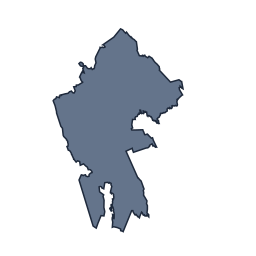 outline of Limbažu pag., Limbaži, Latvia, rotated 70°
{"feature_id": "27541924B16495698294804", "entity_name": "Limbažu pag.", "entity_type": "district", "adm_level": 2, "iso_a3": "LVA", "parent_name": "Latvia", "parent_adm1": "Limbaži", "projection": "equal_earth", "projection_center": [24.723, 57.482], "detail": "fine", "context": "isolated", "style": "filled", "palette": "slate", "viewbox_px": 256, "rotation_deg": 70, "n_neighbors": 0, "source": "geoboundaries", "source_scale": "gbopen_adm2", "svg_char_len": 5845}
<svg xmlns="http://www.w3.org/2000/svg" viewBox="0 0 256 256"><g transform="rotate(70 128 128)"><path d="M223.7,168.0L206.9,152.8L207.3,151.7L208.6,151.9L212.0,151.2L212.2,150.9L211.9,150.7L211.9,150.0L214.6,149.2L214.5,148.9L216.3,148.0L214.8,146.9L211.7,144.0L212.5,143.6L214.9,143.5L215.3,143.1L215.2,142.4L216.3,142.3L217.0,141.0L216.2,140.3L216.3,140.1L218.6,138.9L216.6,138.2L214.2,139.2L211.1,137.6L208.1,136.5L207.5,136.3L205.5,136.5L203.0,135.1L197.0,136.2L196.9,136.4L196.4,136.3L194.0,135.3L191.9,135.0L190.8,133.8L188.6,133.8L188.4,134.0L188.0,133.8L182.4,133.8L181.4,134.2L180.6,134.7L178.4,135.4L178.3,135.8L149.1,137.8L148.5,131.0L149.5,131.2L152.7,131.2L153.0,118.0L153.4,116.1L152.6,113.9L151.7,113.7L151.1,110.8L153.5,110.7L153.3,110.0L155.5,108.7L155.6,107.9L155.7,107.7L148.3,108.4L145.6,108.3L145.6,109.4L145.4,109.6L141.4,111.5L141.3,111.4L140.3,111.9L140.2,114.0L139.9,114.6L136.9,114.6L135.3,114.8L134.7,114.7L132.8,120.6L131.2,125.1L129.8,125.1L129.5,123.6L128.1,123.6L127.4,123.4L127.1,123.6L126.6,123.5L121.5,120.8L122.1,119.5L122.0,118.4L122.2,118.2L120.8,117.9L120.1,117.0L120.1,116.4L120.3,115.8L120.2,115.3L118.6,113.9L118.9,112.9L117.9,112.6L118.0,112.4L117.8,111.7L118.3,111.8L118.5,111.2L115.3,110.8L115.5,110.1L119.1,110.3L119.4,108.3L117.2,107.9L117.4,107.4L119.1,107.7L118.9,107.5L118.6,106.5L118.8,106.4L118.7,106.2L119.2,106.2L119.4,105.1L123.0,105.8L123.1,105.5L123.7,105.3L123.3,105.0L123.5,104.8L123.5,104.3L122.9,104.2L123.5,104.0L123.4,104.3L123.7,104.3L123.7,104.0L124.8,103.1L125.0,102.8L125.1,102.5L125.2,102.4L126.0,102.6L126.7,102.1L129.2,102.2L129.9,101.1L129.7,101.0L129.8,100.9L130.2,101.1L130.3,100.9L130.1,100.8L130.5,100.1L131.0,99.9L130.7,99.8L130.5,100.0L130.3,100.0L130.6,99.4L131.0,99.5L131.3,99.1L131.6,99.1L131.6,98.9L133.0,99.2L133.0,98.9L133.4,98.9L133.5,98.7L133.2,98.6L133.2,98.4L133.0,98.1L134.2,97.9L134.4,97.2L132.6,97.3L132.4,97.0L131.3,96.8L130.4,97.5L129.8,97.6L129.3,97.5L128.9,96.5L128.5,96.0L128.5,95.1L128.3,94.7L127.1,93.8L127.1,93.5L126.8,93.2L125.9,92.7L125.4,92.5L125.4,92.2L125.8,91.5L125.9,91.3L125.8,91.1L125.9,90.9L126.0,90.4L125.8,90.3L125.8,89.8L125.9,89.5L125.7,89.3L126.0,88.9L126.2,88.4L126.1,88.2L126.2,87.7L125.9,87.5L125.5,85.4L125.1,85.2L124.0,85.0L123.5,84.7L123.4,84.1L122.9,83.6L123.0,83.3L123.8,82.7L123.8,82.4L123.4,82.1L123.9,82.0L123.5,81.6L124.0,81.0L124.5,80.8L124.5,80.3L123.5,79.3L122.8,79.2L122.3,79.3L122.1,78.7L122.5,78.4L122.6,77.9L123.0,77.3L123.0,76.7L123.3,76.5L123.3,76.0L123.1,75.5L123.9,74.8L123.9,74.2L123.1,73.6L119.9,73.1L119.3,72.5L118.1,72.3L117.9,72.1L118.0,71.7L117.9,71.6L118.2,71.4L117.2,69.8L115.7,66.3L115.6,65.4L109.7,66.5L109.0,66.4L107.6,66.1L107.7,65.1L106.6,64.7L108.2,63.8L109.0,63.8L110.0,62.9L102.7,61.7L102.6,62.0L100.1,63.6L99.4,72.4L84.3,78.8L83.5,78.0L82.7,78.1L81.0,77.7L77.8,78.9L75.7,80.1L72.9,81.0L72.6,80.9L71.0,81.5L70.8,81.4L67.8,83.7L68.7,85.4L66.4,87.4L65.5,87.2L65.1,87.9L65.8,89.3L64.6,89.7L65.0,90.6L63.9,92.6L58.2,93.0L57.2,92.2L49.7,90.6L49.1,91.1L47.1,91.9L45.4,93.3L44.4,93.5L44.3,94.0L43.9,94.2L43.2,94.0L43.0,94.6L41.2,95.5L37.4,96.6L38.1,97.8L36.0,98.8L34.7,99.1L33.8,99.6L32.3,101.1L37.8,110.3L41.2,123.2L41.7,122.4L44.0,121.8L44.1,122.0L44.1,123.3L43.9,123.8L43.2,124.5L43.4,124.9L42.7,126.7L43.3,126.7L44.1,127.7L50.1,134.0L52.0,135.2L55.8,135.8L58.3,138.2L60.0,138.9L60.3,139.3L60.2,139.3L60.5,140.1L60.8,141.6L58.7,142.0L59.4,143.1L58.6,145.1L57.9,145.7L55.0,146.6L54.8,146.9L54.7,147.7L53.5,148.5L52.2,148.2L50.6,149.1L49.9,150.3L50.7,152.1L53.4,151.4L54.6,149.7L55.6,148.9L56.3,149.2L56.6,150.1L57.1,150.2L59.6,150.3L59.9,150.5L60.1,150.2L61.2,150.3L60.6,150.9L60.5,151.5L59.3,151.6L60.8,153.4L63.6,156.1L64.1,155.8L67.3,155.8L68.8,155.3L69.4,154.9L69.6,155.0L70.3,158.7L70.6,159.8L70.0,161.9L71.3,162.5L70.7,164.9L75.2,164.9L76.7,166.8L75.9,167.9L73.9,168.6L74.0,170.2L73.9,170.5L74.5,171.7L74.9,172.5L74.4,175.4L74.1,178.8L74.4,179.2L74.0,179.3L73.9,180.7L74.8,181.2L74.7,181.6L76.0,182.1L74.3,184.5L75.7,185.8L75.9,187.6L76.8,189.0L82.2,188.9L88.4,189.6L89.4,190.0L97.9,190.3L103.5,190.5L105.8,189.7L112.7,191.4L114.0,191.3L117.5,189.7L118.1,189.8L118.2,189.6L119.2,189.5L119.9,189.2L120.9,189.6L122.6,189.7L124.5,190.6L124.5,191.7L128.4,191.7L129.3,190.6L131.0,190.1L132.8,189.9L133.6,190.1L133.9,189.8L134.6,189.9L135.4,189.8L136.3,189.8L137.2,189.6L138.4,189.7L138.5,189.5L138.9,189.7L139.1,189.4L142.3,188.4L141.6,186.6L143.0,184.9L146.7,185.6L146.5,182.0L149.1,180.8L150.9,179.6L153.6,179.6L153.8,178.7L154.4,177.6L156.4,176.8L157.6,177.0L157.6,178.6L158.4,180.4L160.0,181.2L160.0,181.3L159.9,181.8L160.0,182.4L158.9,183.9L157.4,184.0L157.2,185.7L157.4,186.4L156.2,187.4L156.1,188.0L160.1,191.8L208.2,194.3L211.2,192.1L207.2,188.8L201.1,183.3L202.4,180.7L199.3,178.8L198.5,178.4L194.3,177.8L187.7,175.2L183.7,174.8L182.5,173.7L178.3,176.5L173.4,175.3L173.4,174.2L173.5,173.9L174.1,173.2L175.8,172.9L175.8,172.6L176.9,171.6L171.4,168.5L172.2,165.4L173.1,165.2L173.4,164.6L172.9,164.0L174.3,162.8L175.4,163.4L177.3,163.2L181.8,166.2L182.9,166.7L183.0,166.6L182.9,166.0L183.3,165.9L183.9,166.1L184.2,166.0L183.8,165.3L184.0,165.0L185.0,164.4L185.6,164.3L186.6,164.7L188.0,164.9L189.7,165.8L189.7,166.1L189.4,166.5L189.4,166.9L190.7,166.9L191.6,167.7L192.7,167.9L194.2,168.8L195.4,169.3L196.0,169.9L196.0,170.3L195.2,170.2L193.9,169.6L194.4,170.2L196.0,170.6L196.5,170.8L196.8,171.2L197.0,172.2L197.5,172.7L197.8,172.7L198.5,172.5L200.2,172.3L200.4,172.0L200.2,171.6L199.0,171.4L197.7,170.8L196.8,169.4L197.3,169.2L200.0,169.5L200.9,170.1L202.4,170.1L204.1,170.4L207.9,171.8L208.4,172.2L208.2,172.5L207.9,172.6L205.6,172.2L204.5,171.8L204.2,171.9L204.0,172.1L206.5,172.7L207.0,173.1L206.8,173.4L208.3,174.1L211.1,174.5L215.9,176.7L215.9,175.2L217.9,172.1L219.0,170.9L220.4,169.5L222.0,170.0L223.3,168.2L223.7,168.0Z" fill="#64748b" stroke="#1e293b" stroke-width="1.5"/></g></svg>